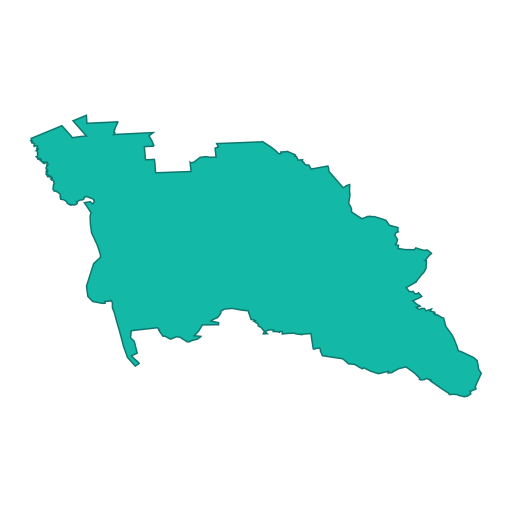 the district of Valdgales pag., Talsi, Latvia
{"feature_id": "27541924B70707230241398", "entity_name": "Valdgales pag.", "entity_type": "district", "adm_level": 2, "iso_a3": "LVA", "parent_name": "Latvia", "parent_adm1": "Talsi", "projection": "natural_earth1", "projection_center": [22.377, 57.35], "detail": "fine", "context": "isolated", "style": "filled", "palette": "teal", "viewbox_px": 512, "rotation_deg": 0, "n_neighbors": 0, "source": "geoboundaries", "source_scale": "gbopen_adm2", "svg_char_len": 5885}
<svg xmlns="http://www.w3.org/2000/svg" viewBox="0 0 512 512"><path d="M413.2,291.4L411.7,291.6L409.2,291.5L409.2,291.3L406.1,287.7L415.8,282.2L415.6,282.0L416.3,281.4L422.2,273.9L422.5,273.8L423.2,273.2L424.4,271.5L426.0,268.5L426.5,260.8L424.9,260.4L425.5,260.0L429.6,254.9L430.8,254.1L431.5,253.3L427.1,249.9L425.0,250.3L422.8,250.2L421.8,249.6L421.0,249.6L415.8,247.9L414.4,249.7L405.3,249.6L398.1,248.5L398.5,245.3L395.4,244.7L396.2,243.1L396.5,243.1L397.6,239.7L394.9,235.3L396.0,232.6L398.4,231.8L397.7,230.8L398.1,227.8L397.7,227.5L389.4,225.3L386.0,220.4L382.6,219.1L374.3,216.6L370.6,216.7L370.6,216.3L367.3,216.5L365.5,217.4L361.8,218.7L358.5,216.5L358.1,216.6L358.0,216.3L351.6,212.0L351.5,209.4L351.1,207.7L348.7,203.4L349.9,195.4L349.9,193.4L349.5,193.3L349.7,184.6L346.6,185.5L344.7,187.0L343.1,187.7L328.9,171.3L328.7,168.7L327.9,166.0L311.1,169.1L309.0,165.1L305.5,164.9L303.6,162.7L303.8,162.6L302.3,161.1L302.6,159.7L298.2,160.2L296.5,156.6L294.6,156.2L295.3,154.8L287.0,151.3L286.7,151.7L280.8,152.0L281.0,153.5L278.7,153.8L275.6,150.6L271.8,147.6L262.6,141.6L262.3,141.8L216.7,143.6L218.4,147.0L215.2,148.1L215.1,148.7L216.1,157.1L209.8,157.3L206.2,156.6L200.2,157.3L193.8,162.3L190.6,162.7L190.1,162.3L191.1,171.5L155.6,172.8L155.0,165.3L155.1,164.9L154.4,159.4L145.5,159.8L144.3,146.6L153.2,146.2L153.3,145.6L153.8,145.4L151.9,140.8L149.0,135.9L153.2,132.6L113.6,134.5L114.8,132.9L113.9,132.4L114.4,130.9L114.2,130.9L115.6,127.0L117.8,122.3L117.6,121.7L116.5,121.9L86.9,123.3L86.4,115.3L73.0,120.8L86.4,136.0L80.8,136.5L72.4,137.7L70.4,135.2L61.9,125.7L31.2,138.4L31.6,140.0L30.7,140.4L30.8,140.9L31.4,141.3L32.5,141.6L32.4,141.9L31.7,142.5L31.7,142.8L33.2,143.1L34.4,143.7L34.4,144.2L33.9,145.9L34.1,146.4L34.3,146.5L34.9,146.0L37.2,145.8L37.6,145.9L37.8,146.2L36.7,148.3L36.7,148.7L37.2,148.9L38.1,148.5L38.4,148.7L38.4,148.9L36.3,150.6L37.6,150.7L37.6,151.0L37.2,151.7L37.7,152.7L37.7,153.0L37.5,153.5L37.7,153.8L37.6,154.4L37.9,155.0L37.5,155.4L37.3,156.5L36.3,156.7L37.1,157.6L37.8,157.7L37.6,158.4L38.0,159.3L38.5,159.3L38.6,158.6L38.8,158.3L39.3,158.5L39.8,158.9L40.6,158.8L41.0,159.0L40.9,159.9L40.0,159.8L40.1,160.4L40.5,160.8L41.6,161.0L41.8,161.8L42.7,161.9L42.8,162.5L43.5,162.2L43.8,162.3L43.5,162.9L43.8,163.4L44.8,163.5L44.9,163.3L44.9,162.4L45.4,162.1L46.7,162.0L46.8,162.1L46.2,162.3L46.2,162.5L46.3,162.6L46.9,162.4L47.4,162.9L47.2,163.7L48.1,164.4L46.7,165.1L46.8,165.3L47.3,165.5L47.4,165.9L47.0,166.1L46.9,166.7L46.4,167.0L46.1,167.6L46.0,168.2L47.1,169.6L46.5,169.6L46.4,169.8L46.7,170.2L46.5,171.0L47.1,171.2L47.1,171.5L47.6,171.4L47.6,171.8L46.5,171.7L46.1,171.9L46.3,172.2L46.9,172.3L46.7,172.7L46.9,173.0L46.3,173.1L46.1,174.2L46.9,175.1L47.4,174.8L48.0,174.7L48.2,174.9L47.6,175.3L48.2,175.9L47.5,176.3L47.8,176.7L48.2,176.5L48.6,176.7L48.9,176.4L49.6,176.9L49.9,176.7L50.1,176.1L50.7,176.1L51.0,176.5L50.5,177.1L51.2,177.5L52.0,177.5L52.4,177.7L52.2,178.6L50.8,179.0L51.9,180.2L52.1,180.2L53.2,180.2L53.8,181.5L53.6,182.2L54.3,183.5L53.5,184.7L53.0,189.5L54.3,190.6L54.3,191.2L55.7,191.0L58.3,192.6L60.2,194.1L60.3,194.8L60.1,197.0L60.8,197.0L60.6,199.2L63.6,199.7L65.8,201.0L66.9,202.0L67.4,203.4L68.3,204.0L70.3,204.4L70.0,204.8L70.9,205.2L72.5,204.7L73.9,205.0L75.3,204.7L76.3,204.2L77.2,203.4L77.3,203.0L77.2,202.0L76.8,201.8L79.7,200.2L83.0,199.7L84.0,198.7L84.0,197.7L86.1,196.4L92.4,198.7L93.6,199.5L93.9,200.7L94.4,201.2L93.0,203.8L91.6,203.1L90.4,201.7L84.4,202.7L91.0,212.6L90.1,216.1L90.1,217.5L90.4,222.8L90.3,223.1L91.5,232.6L97.5,245.6L100.4,254.5L100.5,257.3L93.7,263.5L86.5,286.1L87.8,296.3L92.7,301.5L102.5,303.4L105.2,303.1L105.0,301.4L110.5,301.0L110.7,300.3L112.4,302.4L112.4,307.8L114.5,313.2L116.3,320.1L119.6,331.4L123.6,346.6L127.5,357.4L135.2,366.1L139.2,363.5L139.1,363.2L137.0,361.0L136.8,361.1L131.4,355.8L137.2,353.2L134.3,341.4L130.5,337.7L131.3,330.7L157.6,327.7L158.3,328.8L159.4,329.8L159.3,330.6L159.1,330.6L163.0,336.3L164.9,336.1L169.1,338.5L170.7,339.1L176.4,336.8L180.1,337.2L182.4,338.9L184.2,339.8L186.4,341.4L187.8,342.0L189.2,341.5L189.7,341.5L189.9,341.7L191.3,340.7L197.1,339.2L200.2,337.2L200.9,336.4L194.3,335.7L198.6,331.2L202.4,324.9L218.6,324.7L218.6,322.7L210.8,321.0L212.9,319.6L217.7,317.5L220.8,313.3L220.9,311.1L224.4,309.1L232.2,308.4L241.5,310.1L245.7,310.6L248.0,310.6L251.1,319.5L253.7,319.9L255.3,320.6L253.9,321.3L254.9,321.8L256.1,322.8L257.8,323.5L258.2,325.6L258.4,326.0L259.3,326.6L261.1,327.3L262.7,329.5L264.3,331.2L264.4,331.6L263.5,333.1L263.3,333.9L267.3,333.7L265.5,332.0L266.3,330.8L270.1,329.8L273.8,330.1L273.2,331.5L277.6,331.7L279.5,332.3L279.7,331.4L281.7,331.6L282.3,331.8L282.3,334.0L286.7,333.5L294.1,333.1L296.0,333.9L301.7,334.6L301.6,334.3L310.9,333.5L313.0,347.4L313.4,349.1L314.7,349.0L316.2,348.4L319.6,348.1L320.4,349.0L320.3,350.0L320.5,351.2L322.4,355.7L342.8,358.8L348.5,363.8L354.4,364.4L356.3,365.3L359.4,367.3L362.5,368.8L363.9,367.8L370.7,371.2L378.3,373.7L388.5,371.3L388.1,373.0L392.0,372.6L393.1,371.7L398.6,368.7L406.0,366.9L415.2,373.6L416.6,375.2L419.5,377.8L419.4,379.2L420.7,380.0L424.2,379.6L426.7,378.4L428.3,379.4L430.9,379.6L431.0,380.4L430.3,380.8L443.1,389.7L448.5,393.1L449.3,394.6L452.8,394.3L456.8,394.5L459.0,395.5L463.4,396.4L463.9,396.7L465.2,396.6L467.4,396.1L470.7,394.0L470.8,393.5L470.1,391.1L471.5,391.0L472.8,390.1L474.9,389.6L475.9,389.0L476.0,388.2L475.1,386.9L481.3,373.3L478.7,369.4L477.9,364.5L477.2,360.8L474.5,358.2L472.7,357.1L461.1,351.6L458.8,351.0L458.1,350.2L456.7,345.6L454.9,341.3L454.7,340.3L451.9,334.7L445.8,326.4L443.6,318.0L441.4,317.4L437.2,314.7L436.0,315.3L434.8,314.5L435.2,313.9L434.0,313.5L434.7,312.3L430.2,311.0L431.4,309.1L425.9,310.8L424.3,308.4L421.6,308.4L419.9,309.3L418.4,309.1L416.3,307.3L420.2,306.4L419.5,305.5L417.8,305.0L412.8,300.9L419.1,297.9L421.7,296.6L421.8,296.4L418.4,292.7L417.3,293.7L414.9,293.9L413.2,291.4Z" fill="#14b8a6" stroke="#0f766e" stroke-width="1.5"/></svg>